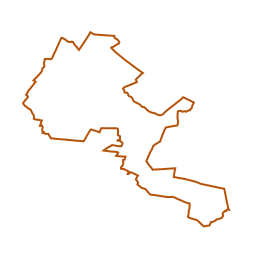 the district of Rongai, Rift Valley, Kenya, rotated 94°
{"feature_id": "3690345B22198050855445", "entity_name": "Rongai", "entity_type": "district", "adm_level": 2, "iso_a3": "KEN", "parent_name": "Kenya", "parent_adm1": "Rift Valley", "projection": "orthographic", "projection_center": [36.019, -0.061], "detail": "fine", "context": "isolated", "style": "outline", "palette": "amber", "viewbox_px": 256, "rotation_deg": 94, "n_neighbors": 0, "source": "geoboundaries", "source_scale": "gbopen_adm2", "svg_char_len": 5764}
<svg xmlns="http://www.w3.org/2000/svg" viewBox="0 0 256 256"><g transform="rotate(94 128 128)"><path d="M144.3,178.2L144.2,175.5L144.3,172.6L144.4,171.4L143.1,170.6L141.3,169.7L138.6,168.5L135.7,167.0L133.0,165.7L132.0,164.7L132.5,162.7L133.0,160.9L133.3,159.5L133.8,157.9L134.3,156.1L130.1,154.7L129.9,152.2L129.7,148.0L129.3,143.0L129.1,139.5L129.4,138.1L130.5,137.9L132.3,137.6L133.8,137.7L134.7,137.7L135.9,137.4L136.8,135.4L140.3,135.2L141.3,138.5L141.3,135.1L143.1,132.6L144.2,132.4L145.4,132.7L146.7,133.5L146.8,136.0L146.7,137.6L146.5,139.0L146.3,140.8L146.2,142.8L147.1,144.0L147.7,144.8L148.4,146.0L149.1,147.0L149.7,147.9L150.8,149.1L151.6,150.2L152.2,150.8L152.3,149.7L152.2,149.0L152.4,147.7L152.5,146.3L152.6,144.2L152.7,142.6L152.7,141.7L152.5,139.6L152.8,138.0L152.8,136.7L153.3,136.0L154.6,136.5L155.6,137.3L156.6,137.9L156.8,135.0L156.8,131.5L156.8,128.5L158.3,128.9L159.9,129.4L160.4,130.8L162.3,130.3L163.7,130.3L165.0,130.6L166.2,131.0L167.7,132.3L169.1,132.2L169.3,130.7L169.1,129.5L169.7,128.3L170.2,127.0L170.7,125.7L171.4,124.2L173.9,125.1L173.8,124.2L173.1,123.5L172.3,123.0L172.0,121.7L174.7,114.8L178.6,116.6L179.5,115.9L180.3,115.2L181.7,114.2L183.8,114.6L185.6,111.9L186.7,110.3L187.2,108.3L187.7,106.4L190.3,103.8L191.2,102.9L192.8,101.4L193.1,97.0L193.1,96.0L193.2,94.5L193.5,92.1L193.7,89.8L193.9,87.3L194.1,84.6L194.1,82.5L194.0,81.9L193.6,79.0L193.9,77.1L194.6,75.3L195.2,74.0L196.0,71.6L196.5,69.9L197.5,67.5L198.3,65.0L198.5,63.9L199.1,61.2L201.2,61.1L203.9,61.1L206.5,61.6L208.2,61.6L210.0,61.6L211.6,61.9L212.7,61.8L213.1,60.7L213.5,59.7L213.9,58.3L214.2,56.8L214.6,55.0L214.9,52.9L217.8,49.3L220.5,46.1L220.7,45.8L220.9,45.5L220.2,43.0L219.9,41.8L219.5,39.8L216.1,38.7L216.1,37.6L215.4,36.5L214.7,35.0L214.5,34.7L214.2,34.3L213.2,33.5L212.9,32.4L212.3,31.3L212.0,30.2L211.6,29.1L210.7,27.8L208.9,27.0L207.7,27.4L207.1,27.6L206.7,27.6L205.4,27.0L204.9,26.3L203.9,25.3L204.0,24.2L202.9,24.0L202.2,22.8L202.5,21.6L200.7,22.5L198.3,23.2L194.8,24.2L192.2,24.9L188.6,25.9L184.9,26.9L181.9,27.8L181.7,29.3L181.4,31.8L181.1,34.0L180.8,36.0L180.5,38.4L180.2,40.5L179.9,41.9L179.8,43.1L179.6,44.7L179.6,45.1L179.2,47.4L178.9,49.9L178.6,51.7L177.5,54.7L177.0,56.2L177.0,56.5L176.9,57.0L176.5,59.0L176.1,61.1L175.7,63.4L175.3,65.8L174.8,67.8L174.6,70.7L174.4,72.7L174.2,74.8L173.9,76.8L173.8,78.9L170.6,78.7L167.4,78.4L164.9,78.1L165.2,80.6L165.5,82.2L165.6,83.6L165.9,85.4L166.0,86.9L166.3,88.4L166.4,88.9L166.7,91.1L167.0,93.7L167.3,96.1L167.5,98.3L167.9,100.6L165.9,102.0L163.9,104.2L161.7,105.9L159.8,107.4L157.5,106.6L154.8,105.6L154.1,105.6L153.5,105.1L150.9,104.3L147.2,102.5L145.9,102.1L144.4,101.6L143.5,101.0L142.9,100.2L142.7,100.0L142.1,99.2L140.9,97.5L140.1,96.5L139.2,95.0L136.7,94.4L134.2,93.6L132.4,93.1L131.2,92.7L129.4,92.1L127.0,91.3L125.0,90.4L124.3,88.5L123.9,86.9L123.6,85.8L123.3,84.5L123.3,84.2L122.8,82.4L122.4,80.6L122.0,79.0L120.8,78.6L117.7,78.6L115.1,79.2L111.4,79.5L108.0,79.4L107.4,78.3L107.2,76.5L108.0,74.9L107.5,73.5L107.3,72.2L107.8,71.2L107.1,70.5L106.7,69.6L106.2,68.7L106.1,67.6L104.8,67.0L104.3,66.3L103.8,65.9L101.6,65.5L97.9,64.1L96.8,66.7L95.8,69.3L94.7,72.0L93.6,74.7L93.5,75.2L95.9,77.2L97.0,78.5L98.3,80.0L100.6,82.5L103.0,85.1L105.5,88.0L107.7,90.4L110.7,93.2L111.4,93.6L111.9,94.2L112.3,94.9L112.5,95.3L113.0,96.2L113.1,96.6L113.1,97.5L113.0,97.9L112.9,98.3L112.8,99.2L112.4,100.0L111.8,101.4L111.3,102.7L111.2,104.2L110.8,106.0L110.3,107.4L109.8,108.6L109.0,109.8L107.9,110.9L106.9,112.3L106.1,113.1L106.0,114.0L106.0,114.5L105.9,115.4L105.6,115.8L105.2,116.2L104.4,117.0L104.1,117.4L103.7,117.9L103.5,118.4L103.1,119.1L102.8,119.9L102.3,121.1L101.8,122.5L100.9,124.1L99.3,125.2L97.7,126.0L96.6,127.2L96.5,128.4L96.0,129.3L95.4,130.0L94.2,130.2L92.9,131.2L92.8,131.7L93.0,132.9L92.8,133.9L91.8,134.2L90.7,134.3L90.0,135.1L88.9,135.7L87.3,134.0L85.8,130.8L84.9,129.0L83.4,126.0L82.6,124.4L81.5,122.3L79.2,123.6L78.1,122.7L76.9,121.6L75.8,120.7L74.9,119.8L73.8,118.9L73.0,118.0L72.1,117.0L70.2,120.2L67.4,124.7L64.3,129.4L61.5,133.9L59.9,136.3L58.6,138.1L55.8,142.1L52.8,146.3L49.2,150.3L48.6,150.0L48.2,148.7L46.9,146.8L46.0,145.4L45.1,144.5L44.7,143.6L44.1,143.0L43.8,142.8L43.4,142.6L42.4,142.9L40.5,144.7L39.2,147.6L37.1,148.0L37.0,150.6L37.1,151.9L37.1,155.1L37.1,159.6L37.1,164.0L37.0,168.6L35.1,172.1L38.1,173.6L43.1,176.4L45.8,177.9L49.4,180.0L53.5,182.4L52.5,183.4L51.4,184.3L50.3,185.2L49.4,186.2L48.7,187.1L47.6,187.8L47.3,188.0L46.8,188.3L46.0,188.9L45.8,190.3L46.2,190.7L46.3,192.4L46.0,193.6L45.5,195.1L44.1,196.5L43.8,197.7L43.1,198.8L42.7,199.8L42.7,200.7L47.5,202.6L48.8,203.0L50.2,203.6L53.9,204.9L54.9,205.2L55.8,205.6L57.7,206.4L59.0,206.9L60.1,207.3L63.3,208.5L64.3,209.0L64.9,210.5L64.6,211.9L64.6,213.0L64.7,213.5L64.9,214.3L64.9,214.8L65.1,215.9L67.0,215.9L68.0,216.0L69.1,216.5L69.7,216.3L70.2,216.2L70.9,215.9L72.2,215.7L73.3,216.3L74.4,217.5L76.1,217.7L78.1,218.3L79.6,219.4L82.4,221.6L83.7,222.7L84.3,223.3L85.1,223.9L85.6,224.4L87.1,225.6L87.8,224.3L88.3,223.4L91.4,225.4L94.9,227.9L98.5,230.4L99.8,230.7L100.8,231.3L101.9,232.0L102.8,230.9L103.5,230.0L104.5,230.2L108.0,232.8L108.8,233.4L109.9,234.1L110.6,234.4L111.9,233.5L113.1,232.4L113.7,231.4L114.0,230.7L114.6,230.0L115.1,229.2L115.6,228.6L115.9,227.6L116.3,226.9L116.7,226.2L117.9,225.7L119.0,224.9L120.4,224.2L121.2,223.4L121.7,223.0L123.3,222.6L125.4,222.6L125.8,221.7L126.5,214.5L130.1,215.5L132.0,215.9L131.9,215.4L131.4,214.2L132.3,213.5L133.6,213.1L135.4,213.6L136.6,213.3L136.9,213.1L137.5,212.9L137.8,212.0L138.8,212.8L138.9,212.4L139.2,211.4L139.6,209.4L139.5,208.0L139.4,207.1L140.8,206.2L142.9,204.7L143.4,204.4L143.7,204.3L143.7,203.4L143.7,202.2L143.8,200.0L143.8,197.5L143.9,195.4L143.9,191.9L143.9,190.7L144.0,188.1L144.3,178.2Z" fill="none" stroke="#b45309" stroke-width="2"/></g></svg>